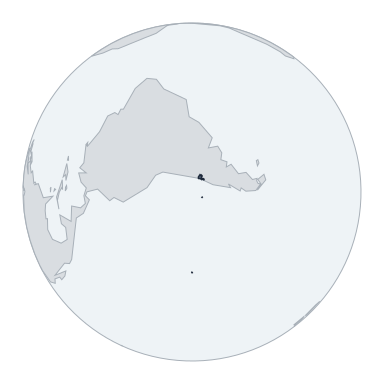 globe centered on Valparaíso, rotated 272°
{"feature_id": "CHL-2699", "entity_name": "Valparaíso", "entity_type": "Region", "adm_level": 1, "iso_a3": "CHL", "parent_name": "Chile", "parent_adm1": "", "projection": "orthographic", "projection_center": [-76.99, -30.119], "detail": "fine", "context": "on_globe", "style": "filled", "palette": "slate", "viewbox_px": 384, "rotation_deg": 272, "n_neighbors": 0, "source": "natural_earth", "source_scale": "10m", "svg_char_len": 4479}
<svg xmlns="http://www.w3.org/2000/svg" viewBox="0 0 384 384"><g transform="rotate(272 192 192)"><circle cx="192" cy="192" r="169" fill="#eef3f6" stroke="#a8b0b8"/><path d="M165.8,25.1L167.8,24.9L183.1,23.8L183.0,24.4L186.6,25.0L189.1,24.4L187.2,23.8L192.7,23.3L189.7,23.1L191.5,23.0L203.3,23.4L203.7,23.5L206.4,23.7L208.4,23.8L211.8,24.2L216.5,25.0L228.6,27.6L229.7,28.1L223.5,27.8L211.9,26.4L203.9,27.7L214.8,27.1L217.3,29.2L220.2,29.9L223.4,30.2L224.7,29.7L226.7,30.7L216.7,31.1L214.7,30.2L217.9,29.9L212.4,29.5L205.6,30.6L207.4,32.0L195.3,33.6L196.5,34.8L194.5,36.1L193.5,34.0L195.0,38.1L181.1,43.6L183.0,53.2L174.9,46.1L168.2,45.9L160.1,47.0L160.3,48.5L149.4,49.1L139.8,54.2L136.3,63.0L140.2,68.9L152.2,67.0L155.7,62.6L164.5,60.7L158.4,72.2L173.8,72.2L172.3,81.2L176.8,85.8L184.5,84.1L192.4,86.2L198.0,80.8L207.1,78.1L207.4,85.6L212.3,79.0L217.4,82.9L235.3,84.4L234.0,85.9L249.0,97.5L265.0,105.1L268.7,112.1L266.8,115.4L272.3,118.0L272.4,120.6L293.6,131.7L304.0,143.0L303.4,152.5L294.0,160.2L284.2,183.0L267.1,186.5L261.8,196.5L246.9,210.3L236.6,206.8L238.7,216.1L232.2,220.4L225.3,219.7L223.4,225.9L218.2,225.4L221.1,230.1L211.9,237.8L213.5,245.3L206.6,252.0L207.9,256.5L205.5,256.2L202.9,257.7L202.4,260.2L195.7,255.7L194.7,245.8L197.8,241.0L194.7,240.1L201.3,228.1L197.7,230.4L200.0,212.8L205.8,199.1L210.9,162.2L207.5,155.1L194.8,146.9L179.5,123.6L183.8,114.2L180.4,110.1L191.6,97.6L188.5,87.0L184.5,85.6L180.6,89.7L166.9,84.2L162.0,77.3L120.4,74.1L116.2,72.1L116.4,67.1L104.0,58.0L108.7,68.7L103.6,67.9L99.8,64.9L102.3,62.8L100.4,58.1L96.0,58.5L97.2,53.7L108.7,45.0L109.8,44.6L112.5,43.0L111.9,43.2L124.8,37.0L138.1,31.9L151.8,27.9L165.8,25.1ZM36.4,126.3L35.6,128.0L36.4,126.3ZM182.2,56.8L199.8,61.9L189.9,62.6L191.7,61.6L187.3,59.4L178.9,57.8L170.2,59.6L182.2,56.8ZM189.8,50.8L186.8,50.5L189.7,50.4L189.8,50.8ZM110.8,43.8L108.7,45.0L110.8,43.8ZM206.7,265.3L196.1,257.3L202.2,260.9L206.9,257.3L212.2,263.3L206.7,265.3ZM220.4,256.5L225.6,255.2L226.6,256.7L223.3,257.9L220.4,256.5ZM331.8,286.9L330.3,288.9L328.7,289.2L331.2,280.6L335.2,275.3L342.3,261.5L353.8,232.0L357.2,223.4L359.1,214.1L360.5,188.6L360.5,179.4L359.9,173.2L359.2,170.7L358.0,163.3L357.2,161.0L349.3,150.6L344.4,139.3L332.6,113.1L332.2,107.3L327.8,98.2L324.1,86.7L331.2,96.3L337.6,106.3L343.3,116.8L348.2,127.6L352.4,138.8L355.7,150.2L358.3,161.9L360.0,173.7L360.8,185.6L360.9,197.5L360.1,209.4L358.4,221.2L356.0,232.8L352.7,244.3L348.6,255.4L343.7,266.3L338.1,276.8L331.8,286.9ZM329.5,94.1L331.1,96.4L329.5,94.1ZM235.8,84.4L238.0,86.1L235.2,85.8L235.8,84.4ZM188.6,65.3L192.3,65.4L194.2,66.4L191.4,66.8L188.6,65.3ZM219.5,66.4L223.7,67.3L219.4,67.5L219.5,66.4ZM202.5,62.7L216.1,65.9L207.7,67.4L199.1,65.6L205.0,65.2L202.5,62.7ZM188.2,54.1L190.5,54.5L189.9,55.6L188.2,54.1ZM192.0,50.8L191.1,50.9L189.9,50.1L192.0,50.8ZM217.9,29.2L218.8,29.2L222.1,29.7L220.6,29.8L217.9,29.2ZM236.1,30.9L239.0,32.5L235.9,31.2L234.5,31.4L226.2,29.4L229.8,28.3L229.6,29.0L236.1,30.9ZM216.1,26.9L221.0,28.0L215.5,26.9L216.1,26.9ZM72.8,310.7L72.7,309.7L77.5,314.1L83.3,319.4L87.2,323.5L72.8,310.7ZM68.9,306.5L64.5,301.9L61.1,298.6L63.8,300.9L62.6,298.2L71.8,308.5L68.9,306.5Z" fill="#d9dde1" stroke="#a8b0b8" stroke-width="1"/><path d="M208.7,199.0L208.8,199.0L208.8,199.3L208.9,199.5L209.0,199.5L208.9,199.6L209.0,199.7L208.9,199.7L208.9,199.8L208.9,200.2L208.9,200.3L209.1,200.5L209.3,200.7L209.2,200.8L209.1,201.0L208.9,201.2L208.6,201.3L208.5,201.5L208.4,201.5L208.4,201.4L208.2,201.2L207.7,200.9L207.6,201.0L207.5,200.9L207.4,200.8L207.1,200.8L206.9,200.9L206.6,201.0L205.6,201.8L205.6,202.0L205.8,202.3L205.8,202.5L205.8,202.8L205.7,202.9L205.6,203.0L205.4,203.2L205.4,203.3L205.2,203.4L205.2,203.5L204.9,203.6L204.7,203.6L204.6,203.2L204.8,203.0L205.0,202.9L205.1,202.7L205.2,202.4L205.0,202.1L205.0,201.9L205.1,201.7L205.0,201.3L205.0,201.2L204.9,201.1L205.1,201.0L205.1,200.9L205.3,200.9L205.4,200.7L205.5,200.5L205.5,200.4L205.5,200.2L205.7,199.9L205.7,199.6L205.7,199.4L205.8,199.3L205.8,199.1L205.8,198.9L205.7,198.9L205.7,198.7L205.6,198.4L205.8,198.1L206.0,198.1L206.4,198.0L206.4,197.9L206.5,197.9L206.8,198.0L207.0,197.9L207.4,198.0L207.5,198.0L207.8,198.3L208.1,198.4L208.2,198.5L208.3,198.6L208.5,198.7L208.6,198.8L208.7,199.0ZM111.8,194.7L111.8,194.8L111.7,194.9L111.6,195.0L111.4,195.1L111.3,194.9L111.4,194.7L111.6,194.8L111.7,194.7L111.8,194.7ZM187.6,202.3L187.4,202.4L187.2,202.5L187.1,202.4L187.3,202.3L187.3,202.2L187.5,202.3L187.6,202.3Z" fill="#64748b" stroke="#1e293b" stroke-width="1.5"/></g></svg>